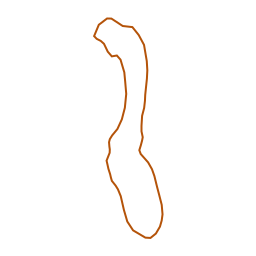 outline of Ifalik, Federated States of Micronesia, rotated 16°
{"feature_id": "79324940B29071405098983", "entity_name": "Ifalik", "entity_type": "district", "adm_level": 2, "iso_a3": "FSM", "parent_name": "Federated States of Micronesia", "parent_adm1": "", "projection": "equal_earth", "projection_center": [144.456, 7.25], "detail": "fine", "context": "isolated", "style": "outline", "palette": "amber", "viewbox_px": 256, "rotation_deg": 16, "n_neighbors": 0, "source": "geoboundaries", "source_scale": "gbopen_adm2", "svg_char_len": 959}
<svg xmlns="http://www.w3.org/2000/svg" viewBox="0 0 256 256"><g transform="rotate(16 128 128)"><path d="M145.1,141.0L145.0,136.3L144.7,132.8L141.9,127.5L140.4,122.3L138.2,112.4L138.0,104.3L136.8,97.2L135.4,91.3L132.6,75.5L130.7,67.3L127.6,58.5L120.5,43.7L112.7,35.7L104.4,29.8L94.8,31.4L81.9,27.4L77.7,28.5L71.5,36.8L70.1,49.0L73.3,50.9L77.8,51.8L81.7,53.7L87.5,60.2L92.7,63.6L97.3,61.4L102.0,64.4L109.1,75.5L112.4,83.9L116.9,95.7L119.4,109.4L119.7,121.4L118.1,131.9L114.8,139.5L113.6,143.7L113.7,146.9L115.2,150.9L116.4,153.6L117.2,156.9L116.7,162.1L116.4,165.3L118.4,168.9L120.4,172.6L123.6,177.4L125.2,180.3L127.1,183.3L132.0,186.8L135.2,189.7L139.8,195.5L146.6,207.8L153.1,218.1L161.1,225.0L166.9,226.5L174.9,228.6L179.9,227.5L183.9,221.8L185.9,214.0L185.9,207.7L185.0,201.5L181.6,192.6L176.4,183.7L172.0,176.3L166.6,166.9L162.4,161.0L156.8,155.5L151.0,151.8L147.4,149.5L145.0,146.2L145.1,141.0Z" fill="none" stroke="#b45309" stroke-width="2"/></g></svg>